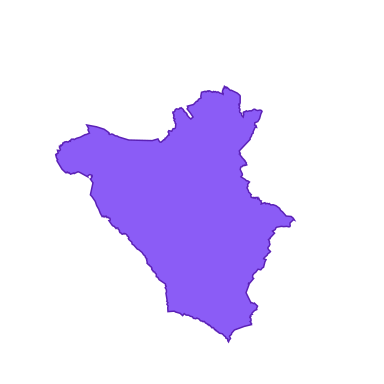 outline of Wapi Pathum, Maha Sarakham, Thailand, rotated 130°
{"feature_id": "78962969B74809477200097", "entity_name": "Wapi Pathum", "entity_type": "district", "adm_level": 2, "iso_a3": "THA", "parent_name": "Thailand", "parent_adm1": "Maha Sarakham", "projection": "equal_earth", "projection_center": [103.345, 15.863], "detail": "fine", "context": "isolated", "style": "filled", "palette": "violet", "viewbox_px": 384, "rotation_deg": 130, "n_neighbors": 0, "source": "geoboundaries", "source_scale": "gbopen_adm2", "svg_char_len": 6020}
<svg xmlns="http://www.w3.org/2000/svg" viewBox="0 0 384 384"><g transform="rotate(130 192 192)"><path d="M84.9,191.1L85.5,192.6L87.4,194.1L88.0,195.4L88.2,197.1L89.0,197.9L91.6,198.6L92.8,200.1L94.7,201.4L94.9,202.6L96.7,203.0L96.9,203.6L98.0,203.9L99.5,202.1L101.7,201.0L101.4,203.2L100.0,204.6L100.3,206.6L99.4,207.7L98.3,207.9L97.5,208.9L97.4,210.0L95.6,210.6L95.2,212.1L94.7,211.9L94.2,212.5L93.8,212.0L92.8,212.4L87.6,216.7L87.2,217.4L87.1,220.8L88.8,227.4L89.5,227.9L89.3,232.4L89.6,233.1L90.1,232.8L90.2,235.1L91.1,234.7L91.3,233.9L92.5,234.6L93.3,233.9L94.1,234.0L95.3,233.4L96.4,232.1L96.4,231.4L97.2,230.9L97.6,233.0L98.3,234.0L98.5,236.2L99.2,237.0L99.8,237.0L100.0,238.6L101.0,239.2L101.0,239.8L101.4,239.7L101.6,240.3L102.5,240.5L103.2,243.5L103.7,244.2L104.4,244.1L104.7,245.2L106.3,245.6L106.4,246.7L109.5,248.8L113.0,246.8L114.1,245.5L116.8,246.6L118.9,246.1L119.7,246.9L124.0,247.1L129.2,250.7L129.9,249.3L131.5,249.2L132.5,244.1L133.9,239.4L136.8,239.8L136.7,242.8L136.1,245.6L135.6,245.7L135.2,247.1L135.4,249.8L135.0,249.8L135.0,250.6L134.4,251.8L134.4,254.4L135.1,254.4L135.3,255.2L137.1,255.4L138.4,257.5L140.2,257.7L141.1,257.1L142.4,257.3L142.9,258.0L143.5,257.7L144.1,256.9L144.2,255.8L145.1,255.3L145.2,254.7L147.1,253.8L147.4,253.2L147.1,252.0L148.6,251.9L149.3,250.0L150.2,248.9L150.1,248.3L153.2,246.1L154.1,245.9L154.9,246.2L155.6,247.2L158.5,246.6L159.9,249.2L161.4,248.9L161.8,247.4L162.5,247.1L163.0,246.2L163.7,246.7L167.4,246.7L168.2,247.2L169.4,246.5L170.1,247.2L173.7,247.7L174.3,248.4L174.0,250.4L173.2,252.2L178.2,255.5L192.8,273.8L196.9,283.4L197.2,285.3L198.3,286.9L198.6,289.4L199.1,290.7L200.7,291.8L200.9,293.1L200.1,293.3L200.0,294.9L200.4,299.7L203.4,307.0L208.3,315.7L209.7,312.1L211.3,311.6L212.8,308.4L216.2,310.1L216.6,310.7L221.8,312.8L225.1,315.0L227.6,316.0L227.6,316.7L229.1,318.3L230.5,318.2L231.1,318.5L231.4,318.0L231.7,318.6L233.5,319.1L234.0,320.4L235.8,321.9L236.5,321.7L237.4,322.4L239.1,321.6L239.4,322.0L240.4,321.9L240.5,322.3L240.8,322.1L241.0,322.7L242.3,322.2L242.4,322.7L243.2,322.0L243.9,320.3L244.4,319.9L245.7,320.1L245.8,320.8L246.5,321.9L248.1,319.6L250.5,320.4L250.7,319.6L251.5,319.3L251.6,319.6L252.9,317.8L253.5,315.8L254.4,315.9L255.0,315.2L258.1,306.2L258.4,301.2L257.7,300.9L257.7,300.3L256.9,300.3L256.9,299.0L256.2,298.8L256.4,296.5L253.4,294.7L253.6,294.1L249.7,292.3L249.1,290.4L247.4,281.8L247.2,282.2L244.6,281.7L243.8,280.6L243.9,279.7L243.5,279.2L244.2,278.5L244.8,278.7L244.8,278.3L247.0,277.9L247.4,278.2L248.6,273.8L259.5,268.0L259.8,265.7L261.4,260.0L263.7,256.2L265.1,252.4L267.2,248.6L268.6,245.0L267.6,244.6L267.7,243.3L267.0,243.4L265.8,242.2L266.3,241.9L265.9,241.2L266.2,240.7L265.3,239.9L265.4,239.2L264.9,238.0L265.7,236.9L266.3,236.6L267.3,237.3L268.8,231.7L268.8,230.6L268.3,229.5L268.8,226.7L267.9,226.6L267.2,225.7L267.9,224.7L268.0,222.9L268.7,222.5L269.4,221.1L269.1,220.4L269.3,218.8L269.1,218.2L268.0,217.8L267.9,217.1L267.3,217.2L266.7,216.0L266.7,214.3L267.3,213.2L267.0,212.3L267.7,210.9L268.5,210.9L269.0,209.8L269.1,205.9L270.4,204.4L270.1,202.4L270.9,197.3L270.4,195.5L270.4,191.4L271.2,188.8L271.2,186.7L272.1,185.5L272.3,183.5L272.9,183.5L274.8,180.9L275.4,180.8L275.7,178.4L275.4,178.2L275.8,176.0L275.6,175.3L276.1,173.7L276.9,173.5L277.5,171.8L277.4,171.0L277.9,170.4L277.3,169.1L277.7,168.4L277.9,166.5L279.8,165.0L279.4,163.3L280.3,160.8L279.5,153.2L280.6,152.2L280.8,151.2L282.6,151.0L283.2,149.0L285.1,147.2L286.2,147.0L291.1,141.3L291.9,141.2L292.4,139.3L294.1,139.1L294.6,137.1L296.1,136.3L299.1,133.5L294.8,129.1L294.4,128.0L294.6,127.7L292.6,123.2L292.7,119.7L290.2,119.8L290.1,117.4L288.5,115.3L288.3,113.5L287.3,111.4L287.8,110.1L287.6,109.1L287.0,108.6L286.7,107.6L285.5,107.3L284.8,105.0L285.2,102.7L284.3,101.1L284.3,100.1L283.4,99.7L283.2,99.2L283.7,97.4L283.2,96.2L283.5,94.9L283.0,94.5L283.2,93.4L282.8,93.5L282.7,92.3L283.2,89.3L282.3,88.9L282.3,87.5L282.8,86.6L282.6,86.1L282.8,85.6L282.5,85.4L282.8,84.4L282.5,84.2L282.7,82.9L282.4,82.4L282.6,82.0L282.5,80.2L281.1,77.6L281.5,74.8L281.3,73.4L282.2,71.9L281.5,70.6L283.0,68.8L283.3,67.7L281.5,68.3L279.5,68.3L278.5,70.5L278.1,70.7L275.9,70.2L274.5,70.9L270.4,70.8L261.4,65.6L255.5,61.3L255.4,62.0L254.6,61.8L253.8,64.3L252.8,63.9L251.3,65.3L250.9,67.0L249.7,66.9L249.7,67.7L249.1,67.5L248.2,67.9L247.1,67.3L247.1,67.8L246.0,68.2L242.6,67.9L240.4,66.8L239.8,67.7L237.3,68.4L237.0,72.8L237.7,72.9L238.6,75.8L238.9,75.8L234.4,85.9L226.3,88.8L226.3,89.6L225.6,90.0L225.2,90.0L225.2,89.2L218.6,89.2L218.6,90.6L216.7,92.0L214.2,92.1L212.7,91.6L208.7,91.8L207.4,89.3L204.9,89.3L203.7,88.8L198.5,91.3L196.2,91.8L197.1,94.2L195.9,94.4L192.0,93.8L190.7,94.2L188.3,93.6L187.1,93.7L187.0,95.9L186.5,97.5L185.6,98.2L184.1,98.1L182.0,98.6L181.1,100.1L180.1,100.9L179.2,102.9L177.5,102.2L177.3,102.7L170.5,102.3L170.2,105.2L167.3,104.1L165.5,104.7L164.4,104.4L160.8,101.4L159.6,99.5L157.4,97.3L156.4,95.3L155.5,94.8L154.7,95.1L153.6,96.4L152.5,97.0L148.0,96.5L147.7,95.5L147.0,97.6L147.0,100.3L149.9,104.4L149.0,110.0L149.1,112.2L148.2,114.5L148.5,118.8L149.6,121.7L151.2,123.3L151.2,125.4L151.7,125.5L152.5,127.3L153.6,127.9L153.3,129.3L156.6,131.3L155.6,131.8L154.8,133.3L154.4,133.3L154.8,134.1L154.7,135.1L154.0,136.6L154.4,136.4L154.7,137.1L154.6,137.5L154.8,137.5L154.2,138.5L155.8,140.2L156.2,139.8L156.7,141.3L157.0,141.1L158.0,143.2L157.0,144.7L155.9,145.0L156.1,145.4L155.6,147.0L155.7,148.4L154.8,149.5L153.6,152.3L152.9,152.9L151.9,152.7L150.4,154.3L147.4,154.4L147.6,156.4L148.4,157.6L148.2,159.2L148.9,164.3L146.6,164.3L145.8,165.1L143.8,169.5L141.6,170.7L140.6,170.0L138.8,169.9L138.5,169.1L137.7,169.1L137.3,168.2L136.0,167.5L135.6,168.7L134.8,169.0L134.1,172.1L133.9,172.0L133.4,176.3L133.1,176.6L132.9,178.5L132.1,179.5L132.3,180.1L131.2,180.0L131.1,180.9L130.1,182.2L114.3,181.3L113.5,182.1L110.6,182.5L109.5,183.3L107.5,183.0L106.6,183.9L102.4,185.1L101.5,185.1L101.0,184.1L99.9,185.8L100.5,187.0L98.6,188.4L95.8,186.9L92.4,187.4L87.8,189.5L85.3,190.1L84.9,191.1Z" fill="#8b5cf6" stroke="#5b21b6" stroke-width="1.5"/></g></svg>